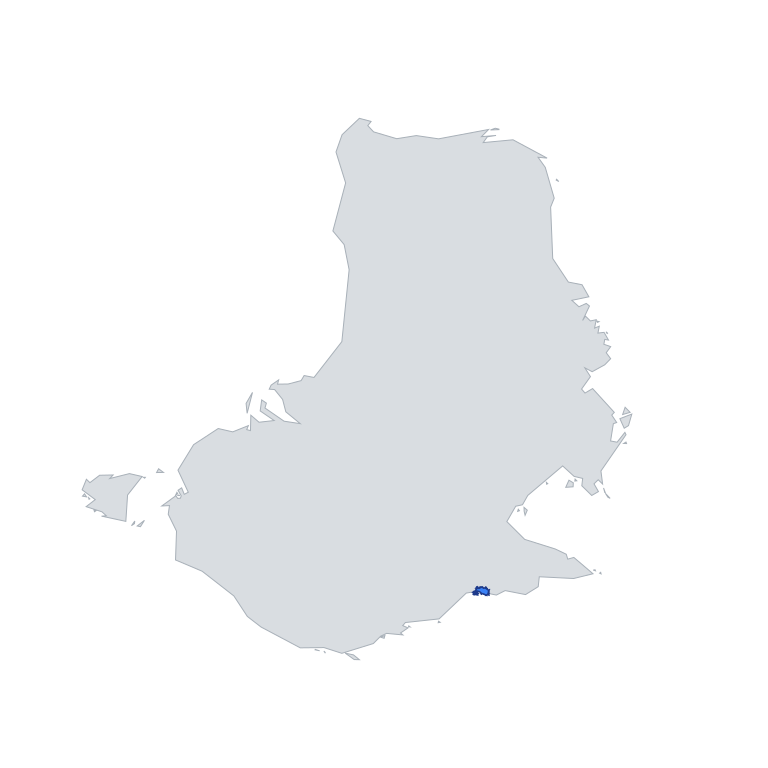 Cassowary Coast, Queensland, Australia shown in context, rotated 106°
{"feature_id": "25037944B15390433377666", "entity_name": "Cassowary Coast", "entity_type": "district", "adm_level": 2, "iso_a3": "AUS", "parent_name": "Australia", "parent_adm1": "Queensland", "projection": "mercator", "projection_center": [145.98, -17.968], "detail": "fine", "context": "in_parent", "style": "filled", "palette": "blue", "viewbox_px": 768, "rotation_deg": 106, "n_neighbors": 0, "source": "geoboundaries", "source_scale": "gbopen_adm2", "svg_char_len": 7879}
<svg xmlns="http://www.w3.org/2000/svg" viewBox="0 0 768 768"><g transform="rotate(106 384 384)"><path d="M518.7,148.1L526.5,181.6L536.3,179.9L547.4,189.9L549.2,210.6L555.9,217.8L557.5,237.2L562.3,247.3L594.6,266.3L607.4,297.7L611.1,299.4L611.8,293.7L618.8,299.5L620.0,296.7L623.0,312.8L627.2,317.6L636.4,322.7L654.5,350.3L653.9,369.0L660.7,391.8L651.5,435.2L645.1,451.3L629.1,469.9L614.1,507.2L610.6,535.9L582.6,542.9L568.7,555.5L560.0,556.7L562.5,564.0L548.8,553.3L550.8,550.8L549.9,548.2L547.4,548.1L542.9,552.7L539.6,549.9L545.1,545.6L542.0,542.3L523.6,558.3L494.8,550.3L472.5,531.1L471.7,516.2L461.4,502.9L465.7,503.4L465.6,499.5L450.7,503.4L455.2,493.6L449.4,479.5L444.0,495.6L433.0,497.2L434.8,491.8L439.9,491.8L447.3,469.8L445.2,453.6L437.8,470.7L426.8,477.2L419.5,487.6L420.6,492.9L416.2,492.2L409.1,486.4L413.5,486.3L410.4,476.1L403.6,464.6L397.9,463.1L397.0,453.1L354.9,436.2L283.8,449.0L261.0,460.7L251.0,475.3L201.3,476.3L174.2,494.1L155.9,493.0L135.4,480.9L135.2,468.8L140.1,470.8L144.5,463.5L144.7,439.4L136.3,421.4L133.3,399.1L110.5,353.6L119.4,358.5L114.2,344.8L117.9,352.8L124.6,355.2L113.7,327.3L121.9,289.5L123.6,298.4L131.3,288.7L158.5,271.6L168.0,272.6L216.9,256.4L235.2,234.9L234.0,221.0L243.7,211.1L251.8,226.5L256.0,217.9L250.8,211.8L252.4,208.0L268.2,210.6L263.2,209.1L266.5,203.0L263.7,197.7L272.2,197.0L269.1,193.0L276.1,192.4L273.7,186.7L279.9,180.3L280.3,184.1L285.2,183.6L285.6,176.4L292.7,179.0L297.2,173.1L304.7,177.1L314.8,187.3L313.1,195.4L320.0,187.6L334.4,192.7L337.3,188.3L330.9,182.2L347.8,154.8L351.1,156.5L356.9,149.7L358.9,152.6L376.3,150.5L375.7,143.9L364.1,139.1L366.0,137.4L407.8,151.5L419.9,146.3L417.0,151.7L422.1,154.6L428.3,148.2L433.9,153.6L427.3,165.8L420.0,167.0L420.4,175.8L413.5,189.7L451.5,215.1L461.9,217.6L465.2,223.7L482.4,228.0L494.6,205.9L495.4,173.9L497.4,161.9L501.7,159.1L498.4,153.7L508.8,130.8L518.7,148.1ZM539.6,591.0L561.4,599.9L587.2,594.3L588.9,619.1L587.2,614.6L584.6,619.9L584.0,636.5L574.7,629.7L568.9,645.0L557.6,643.8L559.9,639.5L550.1,632.2L546.1,619.3L550.5,621.6L540.3,604.0L539.6,591.0ZM344.6,137.5L356.6,137.5L360.3,140.9L352.3,147.7L344.6,137.5ZM428.3,508.1L449.9,507.5L440.7,511.2L428.3,508.1ZM430.7,173.9L433.2,180.8L425.5,179.7L426.8,174.8L430.7,173.9ZM653.4,347.1L652.8,338.7L655.8,331.7L657.1,336.7L653.4,347.1ZM581.1,576.7L588.3,578.8L588.5,582.1L581.1,576.7ZM343.4,139.6L347.6,146.2L339.9,145.8L343.4,139.6ZM531.8,578.2L527.6,577.3L529.8,571.6L531.8,578.2ZM471.3,212.2L467.7,214.2L464.0,215.4L465.8,211.5L471.3,212.2ZM110.5,351.7L107.5,347.6L107.3,343.8L107.8,343.6L110.5,351.7ZM587.0,585.4L589.8,587.7L584.4,585.8L587.0,585.4ZM625.5,313.8L628.4,313.8L628.3,317.5L625.5,313.8ZM558.4,236.9L561.7,239.1L561.1,240.3L558.4,236.9ZM574.5,638.8L574.9,642.9L572.1,641.6L574.5,638.8ZM658.2,372.3L658.5,377.0L658.1,376.9L658.2,372.3ZM375.1,137.2L373.1,135.4L374.4,134.4L375.1,137.2ZM431.1,137.6L428.1,141.0L431.6,135.1L431.1,137.6ZM658.6,366.6L657.3,368.2L658.2,366.5L658.6,366.6ZM435.5,200.1L433.8,200.8L434.7,199.1L435.5,200.1ZM424.7,173.8L422.7,174.1L423.9,172.0L424.7,173.8ZM141.2,271.8L140.5,274.7L139.6,274.5L141.2,271.8ZM505.3,129.2L505.2,131.6L504.4,129.9L505.3,129.2ZM547.5,549.5L548.0,551.3L547.3,550.8L547.5,549.5ZM427.4,141.9L423.4,144.3L427.5,141.3L427.4,141.9ZM274.0,183.4L272.6,185.0L273.5,183.1L274.0,183.4ZM576.1,635.8L574.7,636.6L575.5,635.1L576.1,635.8ZM469.6,220.4L467.4,220.4L468.5,218.9L469.6,220.4ZM265.9,195.8L264.8,196.7L264.8,194.5L265.9,195.8ZM586.6,627.1L584.7,628.3L585.3,626.0L586.6,627.1ZM506.7,123.0L506.4,124.6L505.3,123.8L506.7,123.0ZM546.4,552.0L548.3,553.7L545.2,553.2L546.4,552.0ZM598.5,266.1L597.0,266.2L597.6,264.3L598.5,266.1ZM610.5,293.5L609.7,293.5L610.3,292.0L610.5,293.5ZM540.5,588.1L540.0,589.6L539.5,587.7L540.5,588.1Z" fill="#d9dde1" stroke="#a8b0b8" stroke-width="1"/><path d="M554.8,226.1L554.8,226.3L553.2,226.1L553.3,226.3L553.2,226.3L553.3,226.4L553.3,226.6L553.5,226.8L553.4,227.0L553.2,227.0L552.9,228.5L552.7,228.6L552.4,228.6L552.4,228.4L552.2,228.4L552.2,228.6L552.4,228.7L552.4,228.8L552.2,229.1L552.3,229.4L551.3,229.6L551.2,230.2L551.3,230.2L551.3,230.3L551.5,230.4L551.8,230.5L551.9,230.4L552.1,230.6L552.4,230.7L552.4,230.8L552.3,231.0L552.4,231.4L552.5,231.4L552.6,231.5L552.8,231.9L552.7,232.2L552.8,232.3L552.7,232.4L552.7,232.5L552.4,232.7L552.3,232.9L552.2,233.0L552.1,233.3L551.9,233.4L551.9,233.6L552.1,233.7L552.3,233.7L552.3,233.8L552.3,234.1L552.2,234.2L552.2,234.5L552.4,234.7L552.5,234.7L552.5,234.8L552.8,234.6L553.0,234.8L553.1,235.0L553.0,235.3L552.9,235.5L553.0,235.9L553.2,235.7L553.3,235.7L553.6,235.6L553.9,235.8L554.1,235.9L554.2,236.1L554.3,236.5L554.2,236.7L554.3,236.7L554.4,236.8L554.3,237.2L554.5,237.4L554.5,237.5L554.4,237.6L554.5,237.7L554.3,237.7L554.1,237.7L553.2,238.4L553.3,238.5L553.6,238.7L553.6,239.0L553.8,239.0L554.1,239.0L554.3,239.1L554.2,238.9L554.4,238.9L554.4,238.7L554.6,238.9L554.5,239.0L554.8,239.1L555.1,239.1L555.3,239.1L555.7,239.0L556.1,238.6L556.3,238.5L556.5,239.0L556.8,239.0L557.2,238.9L557.4,238.9L557.5,238.9L557.7,239.0L558.0,239.1L558.4,239.3L558.4,239.5L558.3,239.8L558.5,239.8L558.6,240.1L558.7,240.3L558.7,240.6L559.2,240.8L559.3,240.7L559.6,241.0L559.6,240.8L559.9,240.7L560.2,240.3L560.0,240.1L559.6,240.1L559.6,239.9L559.8,239.8L559.7,239.7L559.7,239.8L559.6,239.7L559.4,239.7L559.3,239.4L559.2,239.4L559.3,239.4L559.2,239.0L559.1,238.9L559.0,238.5L558.9,238.5L558.5,238.4L558.3,238.1L558.2,238.1L558.2,237.8L557.9,237.6L557.7,237.4L557.5,237.2L557.3,237.0L557.3,236.8L557.3,236.6L557.2,235.9L557.2,235.1L557.4,234.6L557.6,234.0L557.8,233.8L557.9,233.4L558.1,233.2L558.3,233.0L558.4,232.8L558.3,232.7L558.4,232.3L558.4,231.9L558.6,231.4L558.6,231.2L558.6,231.3L558.5,231.2L558.4,230.9L558.5,230.7L558.4,230.5L558.4,230.3L558.6,230.1L558.5,229.7L558.5,229.4L558.6,228.9L558.8,228.5L559.1,228.3L559.0,228.2L558.9,227.9L558.9,227.6L558.7,227.8L558.7,227.6L558.8,227.6L558.7,227.3L558.3,227.1L558.1,226.6L558.0,226.3L557.9,226.3L557.9,226.5L557.7,226.5L557.4,226.9L557.5,226.4L557.5,226.5L557.8,226.5L557.8,226.3L557.7,226.3L557.8,226.3L558.0,226.2L558.1,226.3L558.1,225.9L557.9,225.6L558.0,224.8L557.9,224.8L557.7,225.0L557.6,225.3L557.5,225.5L557.4,225.5L557.4,225.4L557.0,225.4L556.6,225.4L556.6,225.5L556.4,225.4L556.4,225.6L556.3,226.0L556.2,226.1L555.9,226.2L555.7,225.8L555.6,226.0L555.4,226.1L555.2,226.3L554.8,226.1ZM560.4,237.6L560.0,237.4L559.7,237.3L559.5,237.1L559.3,237.1L559.1,237.0L559.1,236.9L558.9,236.8L558.8,236.7L558.5,236.7L558.0,236.9L558.4,237.4L558.6,237.5L558.8,237.7L559.1,237.8L559.2,238.0L559.4,238.3L559.5,238.3L559.7,238.6L559.9,239.0L559.8,239.6L560.0,239.8L560.1,240.2L560.4,240.3L561.0,240.3L561.5,240.3L561.5,239.7L561.8,239.5L561.8,239.4L561.7,239.2L561.5,238.8L561.5,238.7L561.4,238.4L561.2,238.4L561.1,238.2L560.8,237.9L560.9,237.4L561.1,236.9L561.1,236.6L560.8,236.8L560.5,236.7L560.3,236.5L560.2,236.5L560.2,236.3L560.2,236.2L560.1,236.4L560.0,236.6L560.1,236.8L560.2,237.0L560.4,237.1L560.2,237.1L560.3,237.4L560.3,237.5L560.4,237.6ZM559.5,238.8L559.4,238.6L559.0,238.5L559.3,239.1L559.5,239.2L559.5,238.9L559.5,238.8ZM559.1,235.8L559.4,235.9L559.7,235.7L559.4,235.5L559.2,235.5L559.2,235.8L559.1,235.8ZM559.3,232.7L559.5,232.9L559.4,232.8L559.4,232.6L559.2,232.4L558.9,232.4L559.1,232.7L559.3,232.7ZM559.5,239.3L559.7,239.5L559.7,239.3L559.7,239.0L559.5,238.7L559.5,239.3ZM559.9,239.9L559.7,239.9L559.6,240.1L559.9,240.1L559.9,239.9ZM559.5,239.3L559.3,239.2L559.3,239.3L559.5,239.3ZM559.6,239.7L559.4,239.7L559.6,239.7ZM560.1,237.3L560.3,237.5L560.3,237.4L560.1,237.3ZM559.5,239.5L559.5,239.4L559.4,239.4L559.5,239.5ZM559.0,233.4L559.2,233.5L559.1,233.4L559.0,233.4ZM559.5,239.6L559.6,239.4L559.5,239.5L559.5,239.6ZM560.8,235.3L561.0,235.4L560.9,235.3L560.8,235.3ZM559.4,233.9L559.5,233.9L559.4,233.9ZM559.2,229.6L559.3,229.6L559.2,229.6ZM559.0,235.9L559.0,236.0L559.0,235.9Z" fill="#3b82f6" stroke="#1e3a8a" stroke-width="1.5"/></g></svg>